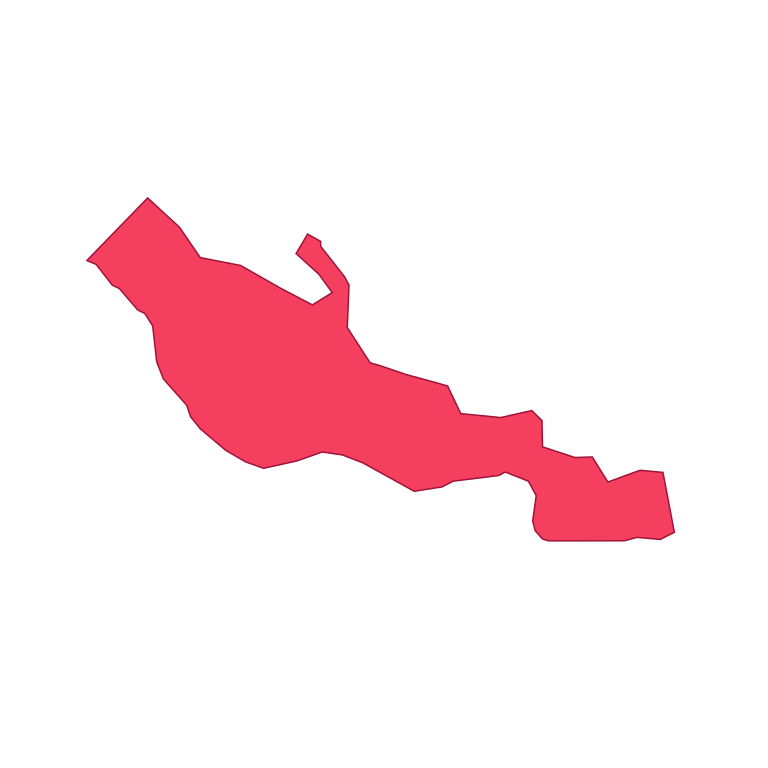 the district of Tashkent, Tashkent, Uzbekistan, rotated 235°
{"feature_id": "79887680B72544223780666", "entity_name": "Tashkent", "entity_type": "district", "adm_level": 2, "iso_a3": "UZB", "parent_name": "Uzbekistan", "parent_adm1": "Tashkent", "projection": "natural_earth1", "projection_center": [69.187, 41.366], "detail": "fine", "context": "isolated", "style": "filled", "palette": "rose", "viewbox_px": 768, "rotation_deg": 235, "n_neighbors": 0, "source": "geoboundaries", "source_scale": "gbopen_adm2", "svg_char_len": 985}
<svg xmlns="http://www.w3.org/2000/svg" viewBox="0 0 768 768"><g transform="rotate(235 384 384)"><path d="M345.7,435.1L353.0,429.2L379.0,407.6L401.8,390.9L409.4,384.8L451.3,386.3L485.1,412.1L494.5,413.2L533.0,411.1L537.2,413.9L550.6,407.4L541.3,386.8L511.3,393.6L488.6,394.0L489.9,370.7L522.2,354.0L563.4,334.5L592.9,306.0L629.6,306.4L672.0,297.1L655.6,211.5L655.2,211.6L647.1,216.8L620.8,218.1L613.9,222.0L601.1,223.2L585.9,224.7L579.0,228.5L564.2,227.8L532.5,210.5L514.7,206.2L479.6,210.2L468.2,206.8L452.6,207.8L420.5,216.3L399.8,225.8L384.0,237.0L370.8,268.9L363.8,294.3L349.7,309.3L331.4,321.5L278.8,347.2L266.4,372.6L264.7,385.0L243.2,425.5L242.4,432.8L221.6,446.5L205.3,444.7L186.6,427.3L177.3,423.7L166.3,424.9L161.2,428.7L117.7,491.0L113.3,503.2L98.2,521.2L96.0,536.8L151.6,561.8L166.5,544.2L175.3,511.2L204.8,512.7L214.3,498.2L241.6,477.8L263.4,492.4L277.5,489.8L289.6,460.3L315.7,429.9L344.5,434.7L345.7,435.1Z" fill="#f43f5e" stroke="#9f1239" stroke-width="1.5"/></g></svg>